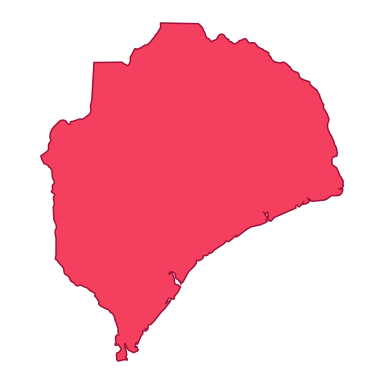 SVG path tracing the border of Zambezia
{"feature_id": "MOZ-1906", "entity_name": "Zambezia", "entity_type": "Province", "adm_level": 1, "iso_a3": "MOZ", "parent_name": "Mozambique", "parent_adm1": "", "projection": "robinson", "projection_center": [37.187, -16.952], "detail": "fine", "context": "isolated", "style": "filled", "palette": "rose", "viewbox_px": 384, "rotation_deg": 0, "n_neighbors": 0, "source": "natural_earth", "source_scale": "10m", "svg_char_len": 5890}
<svg xmlns="http://www.w3.org/2000/svg" viewBox="0 0 384 384"><path d="M94.0,62.5L121.3,62.2L122.5,62.5L124.0,63.9L125.7,64.5L127.1,65.4L127.5,65.6L128.1,65.4L128.7,64.8L129.6,63.2L130.3,61.5L130.4,59.8L130.2,57.8L130.3,56.9L132.1,54.2L134.5,49.2L134.8,48.9L135.4,48.7L137.2,49.1L138.1,49.1L139.7,48.1L141.1,47.8L144.2,45.5L144.7,45.2L146.5,45.0L149.3,43.2L153.5,38.0L154.5,37.0L155.6,34.7L157.2,33.3L160.3,28.0L160.6,26.6L160.5,23.0L198.4,23.7L201.4,26.5L202.8,28.4L203.5,30.6L204.6,32.3L206.2,37.0L207.1,38.0L209.6,39.3L210.5,41.0L210.9,41.5L211.3,41.7L213.4,40.5L215.5,40.0L216.2,39.6L217.0,38.6L218.5,35.9L219.0,35.3L220.4,34.2L221.9,34.1L222.5,34.3L224.2,35.3L225.5,37.5L225.9,37.9L226.5,38.4L228.4,39.3L228.8,39.7L229.1,40.8L229.6,41.4L230.1,41.7L231.6,41.9L232.7,43.0L233.6,43.5L234.2,43.7L234.8,43.7L236.0,43.4L238.0,42.1L239.4,40.6L241.5,40.2L243.2,39.2L244.3,38.8L245.3,38.8L246.3,39.2L248.2,42.0L249.6,43.1L250.6,43.1L251.4,42.7L254.2,42.8L254.7,43.0L256.6,45.1L257.2,46.2L257.8,46.8L258.8,47.5L262.6,49.1L264.4,50.6L266.3,51.3L268.4,52.7L268.8,53.1L268.9,53.5L268.7,54.9L269.0,55.4L270.4,56.5L271.7,59.2L272.7,60.5L273.8,61.2L275.8,62.2L279.8,62.9L281.2,62.7L283.5,62.1L286.2,63.6L287.9,65.0L288.7,66.1L290.5,67.4L291.5,69.6L294.0,71.4L297.1,72.3L298.1,73.1L298.8,74.1L299.2,75.4L299.6,77.3L300.2,77.9L301.1,78.5L304.6,80.2L308.3,81.3L309.1,81.6L309.6,82.0L310.0,83.9L310.6,85.0L311.9,86.0L312.4,86.7L316.9,90.2L317.8,92.2L319.5,95.0L320.2,97.9L321.4,99.8L321.5,101.3L321.7,101.9L323.0,103.5L323.6,104.4L323.7,105.4L323.4,107.4L323.7,108.3L325.6,111.3L327.2,114.2L328.7,118.4L328.9,119.4L328.8,120.4L328.6,121.3L327.7,123.4L327.6,125.5L327.5,127.1L327.6,127.5L328.5,130.5L329.3,132.1L329.5,133.0L331.7,136.5L332.6,139.0L333.4,140.3L333.9,141.7L334.5,144.5L336.0,147.0L336.3,147.8L336.7,149.7L337.1,152.4L337.1,153.6L337.0,155.1L336.7,155.9L336.3,156.2L333.8,156.8L333.0,157.3L332.5,157.9L332.0,159.2L331.9,162.0L332.0,163.1L332.3,164.3L333.2,165.6L335.6,166.9L336.5,167.7L339.0,173.2L339.3,174.4L339.6,175.2L341.6,177.8L342.1,179.1L343.1,180.9L343.2,181.9L343.0,184.1L343.2,185.0L343.2,186.4L342.3,187.6L341.0,188.4L339.5,188.8L340.8,189.4L342.0,189.0L342.7,189.0L342.6,190.7L342.2,192.2L341.3,193.6L340.2,194.7L339.0,195.4L336.3,195.7L333.7,195.6L331.2,195.8L326.8,199.1L324.0,200.1L312.1,201.3L310.9,200.8L309.1,198.8L307.9,198.4L309.6,200.8L308.2,202.7L305.4,203.9L302.8,204.3L303.1,202.7L299.6,206.7L298.4,206.7L297.0,205.4L296.5,205.2L295.9,205.8L295.6,206.4L295.6,207.2L296.0,207.9L274.6,217.3L273.6,218.1L271.9,220.2L270.8,221.1L269.5,221.0L268.2,219.0L268.1,213.2L267.0,211.5L267.5,213.3L266.6,213.6L265.6,213.6L263.9,212.7L264.9,214.4L266.7,216.5L267.6,218.4L265.9,219.8L267.4,221.0L265.7,222.5L260.8,224.6L250.9,226.9L246.7,229.4L236.9,236.8L236.2,236.9L236.4,235.8L234.5,236.6L231.7,239.3L228.7,241.6L226.0,241.1L224.2,243.5L214.5,249.8L212.4,252.0L211.3,252.9L210.2,253.2L209.4,252.5L208.2,254.5L207.4,255.2L206.3,255.5L204.3,255.5L203.6,256.0L203.3,257.2L202.4,258.6L200.5,260.0L198.2,260.8L196.5,260.2L196.2,263.4L194.0,266.4L188.7,271.5L183.2,281.6L181.0,283.9L181.0,283.3L180.5,281.6L180.0,282.2L178.6,280.2L175.8,278.1L175.5,277.0L175.5,275.8L175.3,274.5L173.7,272.5L171.6,271.7L169.6,272.3L168.6,274.5L171.0,272.7L172.6,274.1L173.7,277.0L174.3,279.8L174.7,283.0L175.2,284.1L177.7,284.8L180.5,286.9L178.2,291.7L177.1,293.2L175.2,295.4L174.5,296.6L174.3,298.2L173.7,299.3L172.3,299.0L170.5,298.4L169.1,298.3L168.0,299.1L167.2,300.3L166.0,303.0L167.4,302.4L169.6,300.6L170.7,300.0L169.8,301.9L164.6,308.9L161.5,311.7L154.4,320.8L150.9,324.4L148.4,325.0L147.9,328.5L147.4,329.8L145.3,328.6L145.6,330.3L145.9,330.9L143.5,330.8L142.5,331.1L142.5,331.8L143.0,332.9L142.6,333.9L141.2,335.7L138.3,342.6L137.1,344.6L137.2,343.4L137.1,342.7L136.7,342.4L136.1,342.8L135.8,343.5L135.5,345.3L134.9,347.2L135.5,347.4L136.2,347.1L136.1,346.4L137.1,347.0L137.2,348.1L138.2,350.1L137.5,350.9L133.9,352.6L132.2,352.0L130.5,351.0L129.1,350.5L127.3,348.6L124.8,343.1L124.7,345.7L126.3,351.8L126.7,354.9L125.7,357.7L126.4,357.9L126.8,358.3L127.1,358.9L127.3,359.7L127.0,360.1L126.3,360.0L125.3,359.5L122.8,359.9L120.6,360.6L117.9,361.0L116.8,359.7L116.4,354.7L116.9,353.0L118.0,352.6L119.1,352.0L120.0,351.0L121.3,348.8L121.2,348.3L119.8,346.7L118.5,344.6L116.7,345.3L115.3,345.0L115.0,344.1L116.4,343.4L115.8,341.7L115.5,338.9L115.8,336.2L117.2,335.0L118.5,334.8L118.7,334.2L118.0,332.1L118.1,328.1L117.2,326.1L116.2,322.8L116.1,322.1L115.6,321.6L115.2,320.6L114.8,318.4L114.2,316.4L113.4,314.8L112.3,313.4L110.7,312.5L109.9,311.7L108.9,310.2L108.1,309.6L104.8,308.3L100.2,305.7L98.7,304.0L98.9,301.8L98.4,301.1L97.2,298.8L94.7,295.8L95.5,294.1L94.0,292.7L90.2,290.8L87.5,288.2L85.9,287.3L83.6,286.6L81.8,285.5L80.7,285.1L78.0,285.8L77.0,285.8L76.0,285.3L73.7,282.8L70.9,281.1L70.3,280.1L69.4,277.7L68.8,276.8L67.9,275.8L65.1,274.2L64.4,273.2L64.1,271.8L63.6,268.7L63.1,267.3L62.7,267.2L62.4,266.5L61.1,265.3L60.6,264.4L59.6,263.8L57.1,260.3L55.3,258.9L56.0,255.2L56.1,238.4L55.2,233.5L55.2,231.0L55.5,229.7L56.5,228.1L56.5,227.4L55.9,224.2L54.2,220.4L53.8,218.7L53.4,208.7L53.0,207.4L53.6,206.4L54.0,205.2L54.2,203.7L54.1,202.0L53.5,198.7L53.5,197.3L54.3,195.7L54.7,194.6L54.3,193.9L51.8,192.3L51.5,191.8L51.4,191.3L52.5,190.1L52.3,186.8L52.5,185.0L54.4,183.2L54.0,181.0L52.5,177.6L52.2,175.9L51.9,170.2L51.7,169.7L49.9,167.5L48.8,166.9L47.7,165.1L45.6,164.1L44.1,163.7L42.1,159.9L40.8,156.0L47.1,151.4L48.1,150.2L48.5,148.6L48.5,145.2L48.9,143.6L50.6,141.2L50.9,140.3L50.0,137.9L49.9,137.0L50.4,133.0L51.7,129.7L53.8,126.9L59.1,121.6L60.5,120.6L62.2,120.1L63.7,120.2L65.3,120.6L66.5,121.6L67.1,123.0L67.7,123.7L68.8,124.2L69.7,124.3L70.2,123.5L70.4,122.1L70.8,121.6L72.6,121.4L79.8,119.0L80.6,119.0L82.1,119.3L82.7,119.2L83.5,118.7L89.0,114.5L90.2,113.1L90.9,111.2L91.0,109.8L90.5,107.2L90.5,105.8L91.8,100.4L94.0,62.5Z" fill="#f43f5e" stroke="#9f1239" stroke-width="1.5"/></svg>